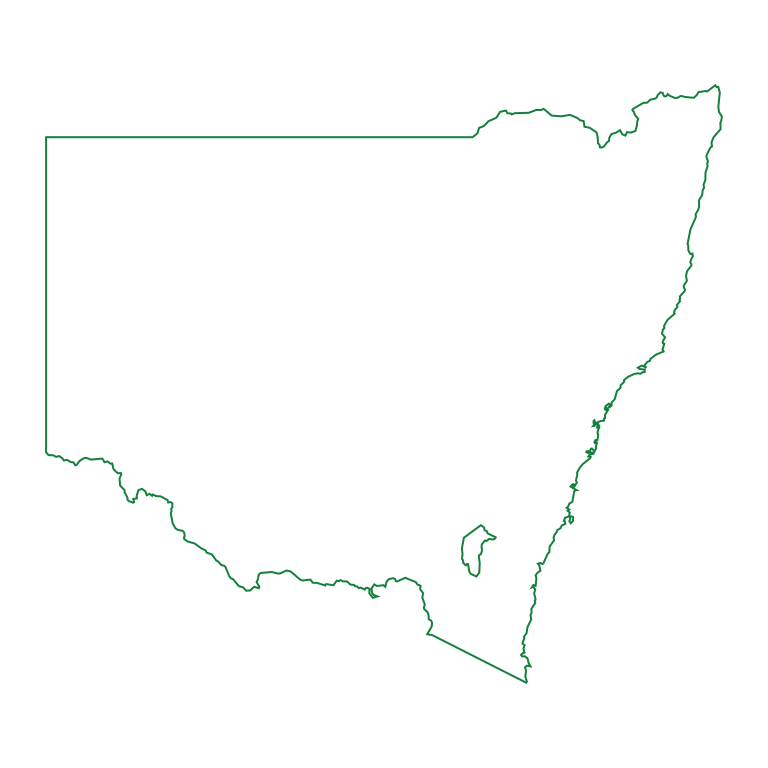 New South Wales, Mercator projection
{"feature_id": "AUS-2654", "entity_name": "New South Wales", "entity_type": "State", "adm_level": 1, "iso_a3": "AUS", "parent_name": "Australia", "parent_adm1": "", "projection": "mercator", "projection_center": [149.115, -32.83], "detail": "fine", "context": "isolated", "style": "outline", "palette": "green", "viewbox_px": 768, "rotation_deg": 0, "n_neighbors": 0, "source": "natural_earth", "source_scale": "10m", "svg_char_len": 6074}
<svg xmlns="http://www.w3.org/2000/svg" viewBox="0 0 768 768"><path d="M715.3,85.3L716.6,87.1L718.3,86.9L719.8,92.6L718.3,106.9L719.0,112.1L721.9,116.5L721.3,120.7L720.4,122.6L720.6,129.1L713.6,137.2L711.5,142.4L712.0,146.5L710.6,147.3L706.9,154.4L706.4,156.9L708.0,161.5L707.2,163.2L707.6,166.0L705.5,172.5L705.4,180.0L703.6,184.5L704.0,188.0L702.8,189.8L702.1,195.2L699.0,200.2L699.1,206.6L698.3,209.5L695.5,214.6L696.0,216.4L695.2,218.7L690.5,229.2L687.5,244.2L688.2,245.2L688.4,250.5L690.0,253.4L691.1,254.1L692.4,253.6L692.9,256.2L690.7,260.3L690.3,262.6L691.3,264.0L691.4,265.6L687.1,271.1L686.0,275.8L686.9,280.8L683.8,285.5L683.7,287.1L685.0,289.7L684.7,291.0L679.9,296.4L680.1,298.3L679.4,299.9L680.1,301.1L676.9,304.9L677.5,306.7L674.5,310.5L674.1,312.6L674.7,313.6L667.3,320.1L663.9,326.3L664.4,328.0L662.9,329.6L662.0,333.7L665.1,337.4L662.8,341.3L662.9,343.3L664.3,343.8L662.5,349.5L663.6,351.5L656.2,354.5L650.4,358.9L650.0,360.8L647.3,361.9L644.9,364.8L644.7,365.9L646.4,367.7L642.0,365.5L637.9,367.7L639.6,369.0L644.8,369.5L644.6,372.1L642.7,372.1L640.5,373.8L637.8,373.3L633.9,374.1L628.0,376.9L623.9,380.2L624.2,381.8L620.6,385.2L620.5,387.9L617.0,390.9L614.7,399.2L611.6,402.6L611.6,405.6L608.7,407.9L610.1,404.7L608.8,403.6L605.4,406.4L606.3,407.9L604.8,408.3L605.3,409.7L606.6,410.2L607.7,408.7L608.1,410.0L605.0,414.8L605.1,418.1L604.1,418.6L603.9,420.7L600.6,421.0L596.3,422.9L595.4,422.9L594.3,420.3L593.5,421.2L593.7,423.7L594.7,424.2L593.2,426.0L594.5,425.8L596.2,423.6L597.2,423.5L597.7,424.0L597.0,428.5L598.6,424.9L599.4,426.5L597.7,431.4L597.5,433.5L598.2,434.8L597.5,439.9L595.4,440.1L594.4,441.9L594.8,443.0L595.6,443.2L596.6,441.9L596.9,442.8L595.8,447.1L596.2,448.1L594.5,451.4L592.0,448.5L590.9,448.8L589.9,451.2L586.8,451.2L586.3,452.1L588.8,453.2L589.7,452.3L593.6,452.7L593.5,453.7L589.9,454.7L588.4,456.5L590.6,456.9L590.2,458.2L582.7,464.1L579.5,468.1L577.1,472.5L577.3,474.6L576.0,480.3L576.8,482.6L574.4,486.5L573.4,486.2L573.7,484.4L572.7,484.2L570.5,486.6L576.7,490.2L574.9,490.5L574.2,491.7L572.3,501.9L569.4,503.5L568.0,506.8L566.6,507.8L569.3,509.6L567.6,510.7L569.8,512.5L569.2,515.2L570.3,516.3L573.2,517.0L572.9,521.1L570.8,523.3L569.3,521.2L570.1,519.4L569.8,517.0L568.7,516.5L564.9,517.8L563.9,521.0L564.9,521.3L565.3,523.9L561.7,525.5L560.5,528.3L557.3,530.0L556.5,532.3L554.4,535.0L553.6,537.3L554.0,540.5L549.6,546.6L549.4,552.0L547.6,554.0L543.3,563.5L542.3,564.0L540.1,562.9L537.9,563.8L539.3,565.4L540.4,570.8L537.9,572.4L535.7,575.1L536.4,578.9L535.6,585.9L533.4,585.0L532.0,587.3L533.1,586.8L535.3,589.4L534.1,593.3L535.4,598.5L535.5,599.9L534.8,600.5L535.3,603.0L531.4,608.7L531.6,612.5L530.5,615.0L531.2,619.4L527.4,627.4L526.6,633.0L523.9,637.0L524.4,638.5L522.8,642.0L522.5,643.6L524.6,645.2L523.4,648.5L524.5,652.5L524.0,653.1L523.5,652.5L521.0,654.8L522.1,656.4L524.8,656.3L527.5,658.4L528.7,663.2L530.5,666.4L526.9,665.7L525.0,667.4L526.1,671.0L525.3,676.3L526.9,681.7L526.2,682.7L432.2,635.1L427.2,634.2L431.7,626.5L432.1,622.8L431.2,620.7L428.7,619.1L428.6,615.2L427.6,612.2L424.2,609.0L423.8,607.5L424.8,604.5L422.3,597.5L423.1,593.2L420.2,589.3L420.5,585.7L417.5,584.6L415.8,582.1L405.3,577.8L396.9,581.5L396.0,581.2L395.0,579.0L393.0,578.2L389.0,579.1L387.6,580.4L386.4,582.3L385.3,586.8L383.5,585.2L377.0,586.0L374.3,584.4L371.4,588.6L372.1,592.9L373.5,594.9L377.6,596.4L372.8,597.8L369.3,593.3L369.5,588.9L367.4,587.8L365.7,588.1L364.8,589.6L360.6,587.6L358.9,588.2L357.1,586.4L354.9,586.2L354.1,584.9L350.5,584.6L347.0,581.4L342.8,581.4L340.6,580.1L338.9,581.0L336.7,580.7L333.4,585.3L326.6,584.1L325.5,584.4L325.2,585.5L317.0,582.9L312.7,582.7L310.4,579.6L302.2,580.5L300.0,579.5L290.7,571.5L286.5,570.5L280.2,573.4L278.0,573.6L271.8,572.0L260.6,573.0L258.6,574.8L258.1,578.7L256.6,582.2L258.9,585.8L259.4,587.1L258.8,588.2L254.2,586.8L250.0,590.5L246.2,590.7L243.1,587.3L238.9,586.2L233.0,579.1L230.8,578.3L229.2,576.1L225.5,567.1L224.0,565.6L221.4,565.1L217.9,561.3L216.3,560.6L212.0,554.5L206.5,552.5L205.6,550.4L201.2,548.3L194.7,543.5L187.9,541.6L184.4,539.2L183.9,537.6L184.7,536.1L184.2,532.4L182.4,530.8L177.7,529.8L175.5,528.4L172.6,523.1L170.8,513.6L171.5,511.2L171.2,508.9L172.3,507.4L172.4,503.4L170.6,502.0L168.2,502.5L167.5,500.0L160.7,496.4L155.8,496.0L152.9,494.5L152.1,495.9L149.6,493.8L146.7,495.2L145.3,491.3L141.9,488.8L138.4,490.2L136.7,495.8L136.8,498.5L133.3,498.9L134.0,502.2L133.1,502.7L128.9,501.1L127.5,499.8L127.5,497.8L124.6,492.2L124.6,490.2L120.2,485.7L119.5,478.6L121.3,474.2L120.8,473.0L118.0,473.3L115.9,471.6L113.4,468.8L112.2,463.5L110.3,463.6L107.6,461.4L104.6,462.2L102.3,458.6L91.1,459.6L86.1,457.8L83.9,458.2L79.8,460.8L76.5,465.0L75.3,465.3L73.4,462.3L70.7,462.1L67.0,459.8L63.8,460.5L62.6,458.5L59.0,456.0L56.2,456.9L53.2,455.3L48.5,455.1L46.1,452.3L46.1,137.2L472.6,137.2L477.5,133.3L479.1,127.9L483.7,126.1L488.4,121.3L496.4,117.7L500.1,111.8L506.0,110.6L507.4,113.2L511.1,113.6L511.8,114.4L514.8,113.2L528.7,112.8L536.1,110.0L541.5,109.9L543.6,108.8L551.7,115.6L560.9,116.3L570.1,114.9L577.6,118.1L580.1,120.3L583.6,121.0L584.5,126.7L589.7,127.8L596.5,132.3L597.7,137.2L598.0,143.3L599.5,144.7L599.9,147.3L601.3,147.6L603.8,146.6L607.0,142.4L609.0,140.9L609.3,137.7L611.4,134.2L616.2,132.6L620.0,130.2L622.2,134.2L625.3,135.6L627.1,132.1L630.9,132.6L635.4,131.0L636.9,125.5L637.3,121.0L638.3,119.0L634.8,114.8L633.9,111.9L632.4,110.3L632.7,109.1L643.4,102.8L647.1,102.7L650.3,99.7L655.4,98.5L656.7,97.4L657.8,94.8L660.7,92.3L662.9,93.2L663.6,95.6L664.9,96.5L666.5,96.0L667.7,94.1L669.7,95.8L674.9,98.0L677.4,97.8L681.0,95.9L685.2,97.0L693.9,97.8L697.1,94.6L698.5,92.1L705.6,91.0L707.1,91.5L715.3,85.3ZM492.9,539.6L494.6,538.9L495.7,537.3L487.5,533.3L487.1,531.4L484.6,530.2L484.0,527.4L480.9,525.2L463.9,537.7L461.9,548.4L462.5,554.2L462.0,558.8L463.0,560.3L463.2,562.8L465.2,564.9L466.0,565.3L467.2,563.9L468.1,564.2L469.2,571.2L470.6,573.8L476.4,576.5L479.3,572.6L479.7,563.0L478.8,556.1L479.4,554.8L480.9,554.2L482.2,550.0L481.5,547.3L481.8,544.5L484.9,540.5L486.6,541.1L489.0,538.9L492.9,539.6Z" fill="none" stroke="#15803d" stroke-width="2"/></svg>